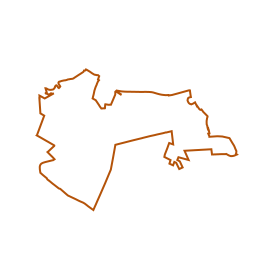 Chitila, Ilfov, Romania, rotated 253°
{"feature_id": "2599482B54423717923033", "entity_name": "Chitila", "entity_type": "district", "adm_level": 2, "iso_a3": "ROU", "parent_name": "Romania", "parent_adm1": "Ilfov", "projection": "robinson", "projection_center": [25.98, 44.492], "detail": "fine", "context": "isolated", "style": "outline", "palette": "amber", "viewbox_px": 256, "rotation_deg": 253, "n_neighbors": 0, "source": "geoboundaries", "source_scale": "gbopen_adm2", "svg_char_len": 5076}
<svg xmlns="http://www.w3.org/2000/svg" viewBox="0 0 256 256"><g transform="rotate(253 128 128)"><path d="M59.7,70.9L62.5,73.3L64.3,74.9L66.9,77.1L72.2,81.7L81.9,90.0L90.1,96.8L93.2,99.4L104.3,105.2L115.6,111.0L115.2,119.4L114.8,128.2L114.4,135.4L114.2,138.5L114.2,139.4L114.0,143.1L113.8,146.9L113.4,151.6L113.3,153.8L112.8,159.9L112.7,162.9L112.5,163.3L112.2,168.8L99.1,166.4L101.6,163.0L99.5,161.4L97.2,159.7L91.9,155.5L89.7,154.3L84.9,159.3L81.8,157.2L79.1,160.2L82.0,162.4L80.7,163.9L73.8,165.0L74.3,168.7L80.9,167.8L83.0,165.8L85.3,167.7L79.7,176.6L89.7,175.4L83.3,201.5L78.1,200.6L77.5,202.8L75.7,209.7L74.9,212.4L74.5,213.5L74.5,214.3L72.4,216.3L71.7,217.2L71.2,217.8L70.9,218.6L70.6,219.9L70.5,221.0L70.5,221.9L70.7,223.1L70.8,224.4L71.8,223.7L72.3,224.1L74.2,224.9L76.6,224.6L79.0,224.4L80.3,224.2L82.9,223.5L86.5,222.6L88.3,222.2L88.7,222.0L92.3,215.7L93.9,211.3L94.0,211.0L95.8,203.3L96.1,203.4L96.6,203.4L96.9,203.3L99.1,203.1L99.0,203.7L99.0,204.3L100.3,204.4L102.0,204.6L102.6,204.6L102.6,204.2L103.5,204.1L103.6,204.5L104.5,204.6L104.5,204.2L105.3,204.2L106.2,204.3L106.5,204.4L107.3,204.4L107.7,204.4L108.3,204.3L109.9,204.7L110.6,204.9L111.3,205.1L112.1,205.4L113.1,205.9L113.6,206.2L114.2,206.4L114.8,206.9L115.3,207.2L115.6,207.4L116.0,207.5L116.6,207.2L117.4,206.8L121.0,204.9L121.3,204.7L122.9,204.2L123.5,203.9L123.8,203.9L124.1,203.8L124.3,203.6L124.0,203.1L124.3,202.4L125.3,201.7L129.4,200.4L129.2,200.2L132.9,199.6L132.8,199.3L132.8,199.1L132.5,198.1L132.2,196.9L132.2,195.9L132.1,195.6L132.1,195.4L132.4,195.1L133.0,194.2L134.0,193.5L135.4,193.1L136.9,193.0L138.2,193.6L138.9,194.3L139.1,194.4L139.3,195.2L139.3,196.4L139.2,197.2L140.9,197.4L142.9,197.7L144.8,198.0L145.1,198.1L145.9,198.2L146.0,198.0L146.2,197.1L146.4,189.6L146.5,185.8L146.7,179.8L147.2,176.4L147.7,176.4L148.4,173.6L149.2,171.7L150.0,169.9L150.6,168.8L150.7,168.6L151.4,167.4L152.6,165.5L154.6,162.5L155.4,161.0L156.1,159.2L156.4,158.4L157.1,156.3L157.7,154.4L158.4,151.8L159.6,148.2L161.6,142.0L163.5,136.1L164.9,132.5L166.1,130.1L166.9,128.5L166.2,128.4L166.1,128.7L165.9,128.8L165.7,128.9L165.3,128.8L165.2,128.9L164.6,129.3L163.8,129.9L162.4,131.0L162.2,130.8L165.8,127.8L167.3,126.4L167.1,126.5L166.8,126.5L165.9,126.3L164.0,125.7L163.2,125.2L162.4,124.5L158.0,120.8L155.3,118.5L155.4,118.3L155.4,118.2L155.4,117.9L155.5,117.6L155.7,117.2L155.7,116.7L155.9,116.2L156.2,115.5L156.5,115.0L156.7,114.5L157.2,113.6L157.3,113.2L157.1,113.1L156.7,112.9L156.4,112.8L156.0,112.6L155.7,112.5L155.3,112.3L155.0,112.3L153.6,111.7L153.6,111.4L153.7,111.2L153.8,110.9L154.0,110.2L154.2,109.2L154.3,108.9L154.4,108.4L154.5,108.3L154.5,108.2L154.8,108.1L155.6,107.8L156.4,107.5L156.5,107.5L156.7,107.4L156.8,107.4L157.1,107.3L158.7,106.9L159.6,106.6L160.3,106.4L160.7,106.3L160.9,106.2L162.0,105.9L162.8,105.6L163.7,105.4L163.8,105.3L164.1,105.2L164.4,104.9L164.7,104.6L166.6,102.8L167.2,103.2L167.5,103.4L167.7,103.5L167.8,103.5L170.4,105.1L173.7,106.9L173.8,107.0L174.8,107.7L176.5,108.9L176.6,109.0L177.0,109.3L177.3,109.6L177.8,110.0L178.1,110.3L178.8,110.9L179.1,111.0L179.6,111.4L179.9,111.7L180.4,112.1L181.0,112.6L181.2,112.9L181.3,112.9L181.8,113.5L182.0,113.9L182.2,114.2L183.2,113.5L186.0,115.6L186.9,115.0L187.3,114.8L187.5,114.2L187.6,113.8L187.7,113.5L187.9,113.3L188.0,113.0L188.2,112.8L188.3,112.5L188.6,112.0L188.7,111.7L189.0,111.3L190.9,109.6L193.0,108.0L195.9,105.4L196.3,104.9L196.0,104.6L195.9,104.5L195.5,104.1L195.8,102.7L195.3,102.4L194.9,102.0L194.6,101.4L193.7,98.3L193.1,96.1L192.6,94.4L191.9,92.0L191.7,91.2L191.4,90.6L191.3,89.7L191.3,89.3L191.5,88.1L191.7,87.1L191.8,85.8L192.0,84.8L191.9,83.9L191.9,83.1L191.9,82.6L191.9,82.2L192.0,81.8L192.1,81.3L192.1,81.2L192.2,80.7L192.2,80.3L192.3,80.0L192.3,79.6L192.3,79.2L192.4,78.6L192.4,78.0L192.4,77.5L192.3,77.1L192.3,76.9L192.4,76.1L192.4,75.7L192.2,75.2L191.8,74.8L191.5,74.7L191.0,74.6L190.5,74.6L190.3,74.6L189.9,74.7L189.3,74.9L188.6,75.1L187.9,75.3L187.6,75.4L187.3,75.1L186.8,74.4L186.4,73.6L186.6,73.4L186.9,73.2L187.6,73.0L187.6,72.9L188.6,72.6L189.4,72.3L189.7,72.0L189.8,71.9L189.7,71.4L189.4,70.9L189.1,70.5L188.8,70.3L188.3,69.9L188.1,69.9L187.5,69.1L187.1,68.5L186.9,68.1L186.8,67.9L186.8,67.5L186.8,66.9L186.9,66.2L187.2,64.7L187.7,63.7L188.0,63.2L188.5,62.6L189.6,61.6L189.7,61.4L189.9,61.2L190.0,61.0L190.1,60.7L185.9,60.7L185.5,59.5L185.3,59.4L185.2,59.4L185.0,59.5L184.8,59.8L184.2,60.8L183.3,61.7L183.2,63.4L183.2,63.5L183.7,64.3L183.7,64.6L182.9,65.6L182.8,67.2L180.6,57.0L184.9,52.8L182.1,52.1L182.2,51.9L167.6,48.5L164.3,51.5L147.7,38.8L147.6,38.6L145.0,41.1L139.1,46.6L138.6,47.1L132.9,52.4L132.7,52.4L132.4,52.2L130.7,48.6L129.6,46.4L128.6,44.3L128.5,44.0L124.3,46.2L122.5,47.2L119.6,48.6L119.1,47.0L119.2,46.3L119.4,42.7L119.6,39.0L119.6,36.8L119.5,35.8L119.2,34.6L118.6,33.6L117.5,32.7L116.5,32.2L114.2,31.6L110.8,31.1L108.0,32.8L103.6,35.7L102.5,35.8L100.9,36.9L100.9,37.0L96.9,39.6L96.5,39.9L90.4,44.2L89.6,45.4L83.2,49.4L81.0,50.8L75.0,57.4L72.8,59.7L71.3,61.4L69.8,63.2L68.4,64.5L66.0,66.2L64.8,67.0L61.9,69.2L59.7,70.9Z" fill="none" stroke="#b45309" stroke-width="2"/></g></svg>